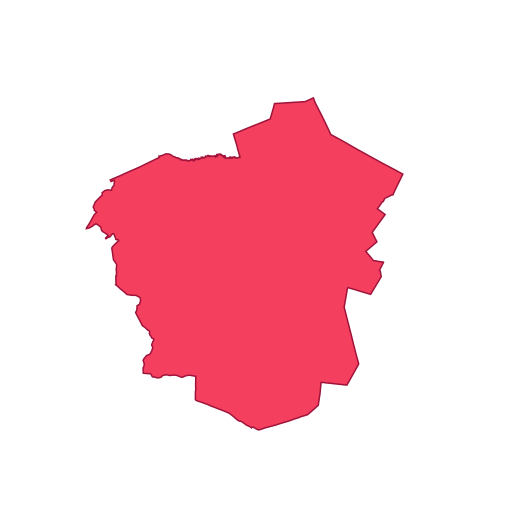 Jamu Mare, Timis, Romania, rotated 136°
{"feature_id": "2599482B47669002074547", "entity_name": "Jamu Mare", "entity_type": "district", "adm_level": 2, "iso_a3": "ROU", "parent_name": "Romania", "parent_adm1": "Timis", "projection": "mercator", "projection_center": [21.475, 45.269], "detail": "fine", "context": "isolated", "style": "filled", "palette": "rose", "viewbox_px": 512, "rotation_deg": 136, "n_neighbors": 0, "source": "geoboundaries", "source_scale": "gbopen_adm2", "svg_char_len": 6085}
<svg xmlns="http://www.w3.org/2000/svg" viewBox="0 0 512 512"><g transform="rotate(136 256 256)"><path d="M107.1,324.7L104.9,329.9L113.4,332.9L136.8,352.8L140.0,350.8L150.6,344.7L173.8,354.1L184.9,358.4L187.5,359.5L189.6,355.5L192.9,349.0L194.6,346.2L198.0,339.8L198.6,338.3L198.9,338.1L199.1,338.1L199.4,338.4L199.5,338.9L201.3,339.4L201.6,339.7L201.7,340.1L202.0,340.0L202.5,340.5L202.4,342.1L202.8,342.4L203.4,342.3L203.6,342.5L203.8,343.1L204.1,343.3L205.0,342.8L205.4,342.9L205.4,343.3L205.1,343.9L205.3,344.5L205.7,344.9L205.9,345.2L206.2,345.4L206.5,345.1L206.8,344.6L207.0,345.1L207.4,345.0L207.6,345.3L207.5,345.6L208.0,346.0L208.4,346.4L209.8,347.2L209.5,347.9L209.7,348.1L210.1,348.2L210.4,348.5L210.5,349.2L209.8,349.3L209.1,348.9L209.1,349.4L208.7,349.8L209.2,350.2L210.1,349.7L209.6,350.5L210.2,350.8L210.2,350.6L210.4,350.6L210.8,351.7L210.4,351.8L210.5,352.3L210.4,352.5L210.8,353.2L211.2,353.4L210.7,353.9L211.7,354.7L211.7,354.9L212.2,355.2L212.1,354.9L212.6,354.8L213.0,355.1L213.0,355.4L213.3,355.5L213.4,355.3L213.9,355.1L214.2,355.6L214.1,356.1L215.0,355.9L214.9,355.6L214.6,355.6L214.9,354.9L215.2,355.3L215.6,355.1L215.9,355.2L215.9,355.7L216.3,355.6L216.2,356.1L216.1,356.7L216.7,356.7L217.0,357.1L217.1,357.4L217.8,357.9L218.2,358.0L218.6,358.3L218.6,358.9L218.9,359.4L219.5,359.5L219.6,359.8L220.1,359.8L220.2,360.7L220.5,360.5L220.5,361.2L220.7,361.5L221.0,361.0L221.8,362.0L221.7,361.7L222.5,361.7L222.6,362.2L222.5,362.6L222.9,362.9L223.3,362.2L224.4,362.6L224.9,362.4L225.3,362.8L225.4,363.8L225.5,364.0L226.0,363.8L226.3,364.5L226.6,364.9L226.9,364.1L227.4,364.7L228.4,364.7L228.8,365.3L229.2,366.0L229.5,365.6L229.4,365.2L229.5,365.0L230.3,365.4L230.1,365.7L230.4,366.0L230.7,366.0L230.7,366.6L231.1,366.5L231.3,367.1L231.0,367.3L231.3,367.6L231.4,367.3L231.8,367.8L232.2,368.1L232.7,367.5L233.5,367.5L233.2,367.7L233.1,368.2L233.4,368.1L233.7,368.4L234.5,368.1L234.7,368.3L234.4,368.4L234.3,369.2L234.8,369.2L234.7,369.9L234.9,370.0L235.1,369.7L235.6,369.8L235.5,370.2L235.6,370.6L235.9,370.8L236.3,370.4L237.3,370.6L237.5,370.8L238.0,370.8L238.1,371.1L238.3,371.0L238.9,371.6L239.1,372.2L239.0,372.5L239.2,372.8L239.3,373.0L239.6,372.9L239.8,373.3L239.6,373.6L240.4,374.4L240.8,374.3L241.0,374.6L241.0,374.9L241.3,375.0L241.7,375.3L241.9,375.4L241.9,375.6L241.7,375.6L241.8,375.9L242.2,376.0L242.3,376.5L242.6,376.7L242.7,377.2L243.0,377.2L243.1,377.5L243.2,377.9L243.4,377.9L243.4,378.1L243.1,378.3L243.3,378.5L243.6,380.1L244.2,380.6L244.1,380.9L244.3,381.2L244.5,381.3L244.9,381.7L245.9,384.5L246.5,385.2L246.8,387.4L247.4,389.3L249.1,391.3L249.9,392.1L253.4,393.4L255.6,394.6L256.4,395.3L257.2,394.1L270.3,398.4L277.2,400.6L289.3,405.1L298.4,408.3L308.0,412.0L308.5,410.2L305.4,409.0L305.7,408.2L306.7,407.4L307.7,406.7L308.9,405.6L309.4,405.3L310.8,405.4L312.2,405.0L314.3,403.7L316.7,406.6L319.3,408.1L322.8,408.4L324.1,406.7L328.8,406.7L334.1,406.5L338.8,404.5L339.4,403.8L339.4,402.6L340.6,401.2L340.3,398.1L343.7,398.1L353.1,395.2L358.0,394.1L359.0,393.5L356.9,392.2L355.8,391.8L352.0,390.9L350.6,390.8L349.4,390.5L349.2,390.3L348.7,390.3L348.6,389.7L348.3,389.3L347.6,384.5L349.2,381.9L349.4,380.6L348.4,376.2L348.0,373.5L351.7,373.4L352.1,373.0L351.7,372.5L350.1,372.3L348.7,371.7L347.8,371.2L343.7,371.7L342.9,370.7L344.6,366.4L345.3,365.4L345.1,364.6L343.9,363.8L344.0,362.4L350.1,362.5L352.7,362.3L354.2,361.9L361.1,352.4L362.1,346.7L365.0,344.1L366.3,343.1L366.4,342.6L368.4,340.5L369.7,339.2L370.3,338.7L370.6,339.0L372.7,336.9L375.0,334.4L376.3,332.8L376.9,332.9L376.7,331.6L376.2,324.6L375.8,322.4L375.6,318.0L372.9,314.3L369.6,310.9L368.6,307.6L368.4,306.2L370.0,304.1L371.6,303.2L372.8,302.4L373.6,302.3L376.2,302.8L376.7,302.4L376.8,302.1L379.3,299.9L381.9,298.9L382.9,295.8L385.5,286.7L386.0,285.8L385.9,284.8L386.1,284.0L385.6,282.4L385.5,281.5L385.3,277.5L384.7,276.5L384.7,276.2L384.9,275.7L386.5,274.4L386.7,273.6L387.1,273.1L387.3,272.6L387.4,272.1L387.2,271.3L387.9,269.5L387.9,269.0L387.2,267.6L387.2,267.3L387.4,267.1L388.4,266.4L390.3,265.8L392.7,264.6L393.1,264.1L393.3,263.6L393.3,262.9L393.5,262.3L393.8,262.0L396.0,260.6L398.6,259.6L400.3,259.2L401.0,259.2L403.5,260.3L404.2,260.4L405.3,260.2L407.2,260.1L408.8,259.7L409.4,259.5L410.0,259.0L410.5,257.5L410.8,257.1L411.4,256.1L412.0,255.4L413.1,254.6L415.0,253.9L418.5,250.0L415.9,246.9L413.9,244.9L413.8,244.6L413.7,244.2L413.7,243.8L414.3,242.0L414.4,241.0L414.2,240.6L413.6,240.0L412.8,239.1L412.5,238.7L412.3,237.8L411.9,237.2L410.3,235.7L409.2,235.1L408.2,234.7L407.2,234.9L406.5,234.8L404.3,233.9L403.2,232.7L402.3,232.0L401.3,230.3L401.0,229.9L398.3,227.8L396.6,226.1L395.9,225.0L393.8,220.5L393.3,219.9L389.7,218.6L387.2,216.9L386.6,216.4L382.9,211.3L389.6,204.6L391.9,202.0L392.0,202.0L394.3,200.0L399.4,194.8L399.4,194.2L399.2,193.2L397.6,190.1L397.0,189.1L396.0,186.9L393.9,182.8L392.7,179.6L391.7,177.5L386.8,167.0L384.4,161.3L383.7,155.7L383.7,154.8L383.3,151.1L383.1,150.0L382.6,148.8L382.2,148.2L381.7,147.6L381.6,147.1L381.2,146.2L381.1,145.6L381.0,144.5L380.5,142.3L380.5,141.6L379.3,138.3L378.7,136.6L378.6,135.5L378.2,135.6L377.8,135.5L377.3,135.1L376.8,134.6L375.8,131.0L375.0,129.1L373.7,128.3L371.5,127.3L371.0,126.9L370.3,126.8L369.6,126.3L369.0,126.2L367.2,125.1L360.8,121.6L359.5,120.8L355.1,118.7L346.4,114.2L341.4,112.0L337.3,109.9L337.0,109.9L335.8,109.4L329.1,106.0L319.9,105.5L314.9,105.4L305.6,112.5L296.9,119.9L280.3,100.0L260.2,106.0L257.7,106.8L257.1,107.1L256.6,107.8L253.5,113.6L249.4,120.8L246.9,125.2L244.2,129.8L228.1,158.0L227.9,158.1L213.2,168.8L211.9,169.5L207.1,161.2L206.6,160.3L206.7,160.2L206.4,159.8L200.2,148.8L180.3,154.1L177.1,158.8L177.2,159.9L168.6,162.9L168.6,163.1L172.8,168.5L172.9,168.9L174.7,171.1L173.8,183.1L159.2,182.2L156.0,192.3L134.3,196.1L135.9,205.7L134.8,205.8L127.4,207.2L126.6,206.8L123.6,207.9L123.1,207.9L121.4,207.4L120.6,207.1L117.4,206.1L116.3,205.7L115.1,204.9L114.8,204.9L114.4,205.0L112.4,206.0L93.5,212.9L98.0,227.0L100.6,234.8L103.6,244.6L108.7,261.1L110.4,266.9L113.8,278.6L117.8,291.4L114.4,301.3L111.1,311.4L107.1,324.7Z" fill="#f43f5e" stroke="#9f1239" stroke-width="1.5"/></g></svg>